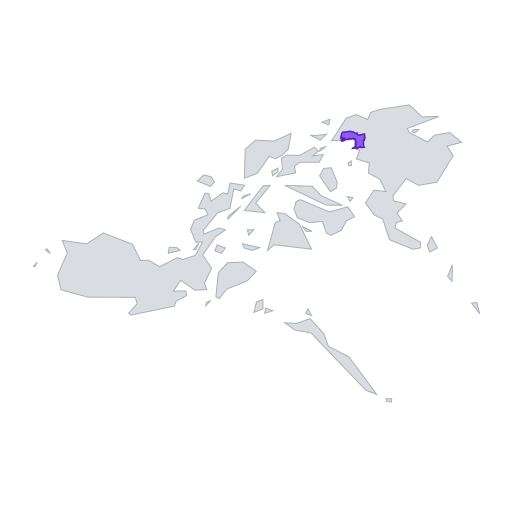 Agusan del Norte, Agusan del Norte, Philippines (highlighted), rotated 269°
{"feature_id": "2640588B29392713909073", "entity_name": "Agusan del Norte", "entity_type": "district", "adm_level": 2, "iso_a3": "PHL", "parent_name": "Philippines", "parent_adm1": "Agusan del Norte", "projection": "orthographic", "projection_center": [125.42, 9.081], "detail": "fine", "context": "in_parent", "style": "filled", "palette": "violet", "viewbox_px": 512, "rotation_deg": 269, "n_neighbors": 0, "source": "geoboundaries", "source_scale": "gbopen_adm2", "svg_char_len": 7478}
<svg xmlns="http://www.w3.org/2000/svg" viewBox="0 0 512 512"><g transform="rotate(269 256 256)"><path d="M240.5,57.3L262.3,67.4L274.9,62.5L271.1,87.0L281.7,103.8L269.8,132.8L253.5,140.5L253.7,148.6L247.0,159.3L255.8,177.6L253.7,182.5L257.7,195.4L271.1,202.9L270.8,196.1L283.8,191.0L293.0,195.1L298.0,208.7L303.9,206.1L304.7,199.1L319.7,206.1L319.4,209.7L311.5,212.1L319.7,223.8L318.6,228.8L329.5,231.2L326.9,245.8L321.3,241.9L323.5,234.9L304.1,230.8L299.8,218.4L282.7,203.7L278.8,204.3L284.7,219.7L282.6,226.0L275.9,215.7L257.9,202.6L244.6,211.4L229.5,203.9L223.3,206.3L222.9,194.4L233.0,180.3L222.4,172.8L222.3,185.2L217.7,186.0L212.3,175.4L207.3,173.5L199.1,129.8L200.9,127.6L210.5,136.4L216.8,134.5L217.8,87.2L225.6,60.4L240.5,57.3ZM369.9,333.6L392.2,348.6L395.7,358.8L390.6,369.9L397.6,373.4L400.5,382.2L404.4,412.0L392.3,424.4L392.3,441.3L380.9,409.4L376.7,411.6L367.1,429.5L373.6,436.5L376.1,451.7L366.1,463.6L362.5,448.9L353.0,454.9L326.7,438.3L323.8,419.9L330.7,407.4L314.0,394.1L308.7,394.4L305.5,406.9L296.4,397.7L288.5,403.0L287.0,396.9L281.5,395.6L266.7,420.9L261.2,420.3L260.0,413.1L270.0,389.8L290.7,383.4L295.1,374.8L307.0,366.4L319.8,374.9L318.2,386.9L330.5,381.3L337.0,369.8L347.1,370.9L351.3,358.2L359.7,361.4L361.9,356.4L370.8,356.8L369.9,333.6ZM303.6,348.6L293.5,355.2L289.6,347.0L280.3,341.9L275.4,331.2L277.6,326.9L289.4,323.0L288.4,310.0L293.6,298.1L302.0,294.8L309.8,297.0L311.5,301.5L298.8,330.1L303.6,348.6ZM362.8,247.1L371.9,257.6L370.6,276.2L378.0,293.2L362.6,290.3L356.5,284.1L352.9,277.3L355.3,270.9L338.6,258.7L334.0,245.7L362.8,247.1ZM261.2,267.6L289.3,275.9L291.0,280.7L299.1,277.8L297.8,285.6L287.0,300.0L261.9,311.6L266.9,274.2L261.2,267.6ZM153.4,347.2L115.6,374.2L119.8,363.5L178.3,309.5L181.1,294.0L188.8,283.5L187.8,294.8L192.4,309.0L177.0,322.5L164.4,326.8L153.4,347.2ZM216.0,215.2L240.2,218.1L249.8,227.6L250.1,243.0L240.7,256.0L231.2,246.7L223.4,226.1L214.0,218.4L216.0,215.2ZM342.4,284.0L353.3,283.1L356.3,288.2L355.9,301.5L363.7,316.4L359.8,320.1L355.1,314.5L356.2,325.0L348.7,320.8L348.9,301.6L345.1,295.9L338.4,297.1L335.0,278.0L342.4,284.0ZM305.2,343.1L305.7,326.9L326.0,286.2L324.8,313.4L315.4,321.9L305.2,343.1ZM342.9,332.7L328.4,338.5L322.6,337.7L319.0,331.6L335.0,321.0L342.4,325.2L342.9,332.7ZM301.7,245.1L326.2,264.5L326.3,271.2L308.9,256.6L299.2,265.7L301.7,245.1ZM336.0,212.6L330.5,215.7L326.4,211.6L332.1,198.7L337.9,205.2L336.0,212.6ZM272.2,431.8L260.9,437.5L257.0,429.7L264.0,427.4L272.2,431.8ZM199.6,252.9L209.9,255.6L212.4,262.1L203.2,262.1L199.6,252.9ZM261.9,215.0L267.9,217.4L264.5,225.5L259.2,221.6L261.9,215.0ZM232.3,447.2L243.8,452.2L227.2,451.6L232.3,447.2ZM376.7,328.7L370.7,322.3L375.9,312.3L375.3,318.4L376.7,328.7ZM268.5,242.7L264.3,259.8L261.6,252.7L264.1,244.4L268.5,242.7ZM205.0,470.7L205.8,475.8L194.3,478.7L205.0,470.7ZM266.2,169.4L265.7,177.1L263.0,180.2L260.3,168.3L266.2,169.4ZM284.9,302.6L279.8,312.4L279.8,306.7L284.9,302.6ZM203.9,264.9L201.0,271.9L198.6,263.7L203.9,264.9ZM343.5,279.4L339.7,279.6L335.9,273.9L340.5,273.3L343.5,279.4ZM282.4,247.9L282.3,254.3L276.9,249.0L282.4,247.9ZM391.5,332.3L385.9,331.1L388.5,324.2L391.5,332.3ZM296.0,228.6L305.8,241.5L293.4,228.7L296.0,228.6ZM202.3,307.0L195.6,310.5L197.6,304.7L202.3,307.0ZM313.9,348.4L312.6,353.9L308.9,351.1L313.9,348.4ZM316.2,244.4L318.3,252.0L313.5,242.4L316.2,244.4ZM111.0,389.2L107.6,388.8L108.5,384.0L111.0,383.4L111.0,389.2ZM349.4,352.8L345.1,353.1L344.7,350.2L347.3,349.7L349.4,352.8ZM379.7,421.0L376.5,417.5L377.5,414.0L379.6,415.7L379.7,421.0ZM210.5,205.6L212.2,209.9L207.2,204.9L210.5,205.6ZM362.5,322.4L364.3,328.1L359.5,321.2L362.5,322.4ZM266.9,47.1L262.1,50.5L265.7,45.4L266.9,47.1ZM270.0,199.2L263.4,195.8L263.5,193.6L270.0,199.2ZM249.7,33.3L253.7,37.3L249.1,34.6L249.7,33.3Z" fill="#d9dde1" stroke="#a8b0b8" stroke-width="1"/><path d="M378.5,347.1L378.3,345.9L378.4,345.6L378.3,345.2L377.9,344.6L377.7,344.4L377.6,344.2L377.0,343.9L374.7,343.3L374.0,343.1L373.6,343.0L373.2,342.9L372.5,342.7L372.5,342.8L372.5,343.0L372.4,343.1L372.4,343.3L372.4,343.7L372.5,343.8L372.4,343.9L372.5,343.8L372.6,344.0L372.5,344.3L372.3,344.4L372.3,344.6L372.2,344.6L372.2,344.9L372.3,344.9L372.3,345.0L372.6,345.0L372.6,345.3L372.5,345.6L372.4,345.7L372.4,345.8L372.3,345.7L372.3,345.8L372.3,346.0L372.2,346.1L371.9,346.1L371.9,346.3L371.7,346.3L371.7,346.6L371.7,346.9L371.7,347.0L371.8,347.0L371.6,347.1L371.4,346.7L371.3,346.4L371.2,346.0L371.2,345.8L371.0,345.5L371.0,345.3L370.9,345.3L370.9,345.0L370.9,344.9L370.8,344.5L370.8,344.3L370.7,344.3L370.7,344.1L370.5,343.9L370.6,343.7L370.5,343.4L370.4,343.1L369.4,343.6L369.3,343.8L369.3,344.1L369.5,344.2L369.6,344.4L369.7,344.9L369.7,345.0L369.6,345.3L369.8,345.4L369.9,345.8L369.9,346.0L370.0,346.0L370.3,346.2L370.3,346.5L370.6,346.8L370.6,347.2L370.7,347.5L370.9,347.8L371.0,348.2L371.0,348.6L371.1,348.9L371.0,349.3L371.0,349.5L371.3,349.9L371.3,350.0L371.2,350.1L371.2,350.3L371.3,350.3L371.4,350.5L371.5,350.5L371.5,351.0L371.8,351.2L371.8,351.3L371.7,351.3L371.8,351.4L371.7,351.7L371.5,352.0L371.4,352.2L371.5,352.3L371.4,352.9L371.6,353.2L371.6,353.4L371.5,353.5L371.8,354.2L371.8,354.3L371.9,354.6L371.9,354.8L372.0,354.8L371.9,355.3L371.7,355.6L371.5,356.0L371.4,356.1L371.2,356.3L371.2,356.5L371.3,356.5L371.4,356.8L371.5,356.7L371.5,356.8L371.5,357.0L371.4,357.0L371.3,356.9L371.2,357.0L371.1,356.9L371.0,357.0L370.9,356.9L370.9,357.0L370.6,357.2L370.1,357.4L369.6,357.6L368.6,358.1L368.3,358.0L368.2,358.0L368.1,357.9L367.9,357.9L367.6,357.8L367.3,357.8L367.1,357.9L366.8,357.8L366.6,357.6L366.0,357.6L365.9,357.6L365.7,357.7L365.8,357.8L365.7,357.9L365.7,358.0L365.8,358.0L365.7,358.1L365.4,358.1L365.5,358.1L365.6,357.7L365.4,357.6L365.2,357.6L364.9,357.6L364.6,357.6L364.3,357.6L364.1,357.6L363.8,357.4L363.7,357.3L363.6,357.2L363.5,356.9L363.4,356.9L363.3,356.7L363.2,356.5L362.7,356.3L362.7,356.1L362.7,355.9L362.5,355.7L362.4,355.5L362.4,355.3L362.2,355.2L362.1,354.5L361.9,354.4L362.1,356.3L362.5,356.8L362.7,357.3L362.7,357.7L362.3,357.8L362.2,357.9L362.3,357.9L362.3,358.1L362.5,358.2L362.5,358.3L362.3,358.3L362.4,358.5L362.5,358.7L362.4,358.9L362.5,358.9L362.5,359.0L362.4,359.1L362.5,359.1L362.5,359.3L362.4,359.3L362.2,359.3L362.1,359.5L362.1,359.8L362.4,359.9L362.4,360.0L362.5,360.1L362.6,360.4L362.6,360.5L362.8,360.8L362.9,360.7L363.0,360.8L362.9,360.9L363.0,361.0L363.1,361.3L363.2,361.2L363.3,361.4L363.2,361.4L363.1,361.5L363.2,361.9L363.4,362.0L363.5,362.2L362.8,362.3L362.8,362.9L362.7,363.6L362.7,364.0L362.8,366.1L362.9,365.9L362.9,366.0L363.1,365.9L363.2,365.7L363.2,365.8L363.3,365.7L363.5,365.6L363.9,365.5L364.1,365.4L364.3,365.5L364.5,365.6L365.1,365.4L369.5,365.4L369.5,365.8L370.0,365.8L370.0,366.4L370.4,366.4L371.3,366.7L371.5,366.7L371.8,366.8L371.9,366.7L372.0,366.8L372.3,366.7L372.4,366.8L372.8,366.7L372.9,366.9L373.1,366.7L375.0,366.7L376.1,366.6L376.0,365.6L376.0,365.2L375.8,364.9L375.4,362.9L375.4,362.6L375.4,362.3L375.4,362.1L375.1,362.1L375.0,360.7L375.4,360.1L375.7,359.9L375.8,359.7L375.7,359.6L375.8,359.5L375.8,359.4L375.9,359.2L375.9,359.3L376.0,359.2L376.3,359.2L376.5,359.1L376.8,358.9L376.7,359.0L376.8,359.0L376.8,358.9L376.9,359.0L376.9,358.9L376.7,358.9L376.8,358.8L377.0,358.7L377.0,358.8L377.0,358.7L376.9,358.7L377.0,358.6L376.9,358.5L376.9,358.4L376.9,358.2L376.9,357.8L377.0,357.6L378.1,355.8L378.4,355.0L378.5,354.6L379.0,352.5L379.1,352.2L378.6,349.5L378.6,348.9L378.5,348.5L378.4,348.4L378.4,348.2L378.4,347.9L378.3,347.6L378.3,347.4L378.5,347.1Z" fill="#8b5cf6" stroke="#5b21b6" stroke-width="1.5"/></g></svg>